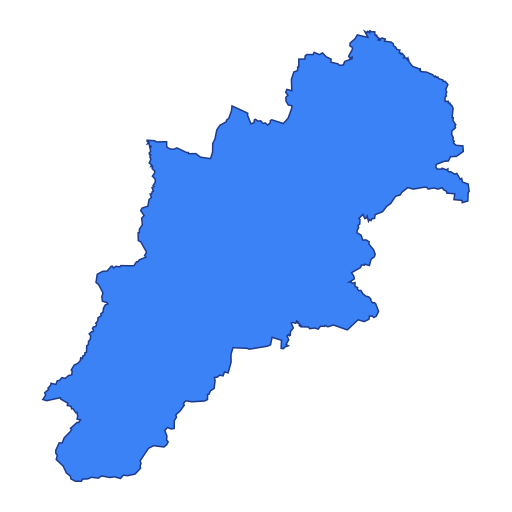 outline of Khao Chakan, Sa Kaeo, Thailand
{"feature_id": "78962969B13741578736552", "entity_name": "Khao Chakan", "entity_type": "district", "adm_level": 2, "iso_a3": "THA", "parent_name": "Thailand", "parent_adm1": "Sa Kaeo", "projection": "orthographic", "projection_center": [102.011, 13.617], "detail": "fine", "context": "isolated", "style": "filled", "palette": "blue", "viewbox_px": 512, "rotation_deg": 0, "n_neighbors": 0, "source": "geoboundaries", "source_scale": "gbopen_adm2", "svg_char_len": 5958}
<svg xmlns="http://www.w3.org/2000/svg" viewBox="0 0 512 512"><path d="M105.4,304.8L103.5,308.1L103.0,312.2L100.8,313.7L101.3,315.6L97.9,317.9L97.9,320.6L95.7,323.4L96.6,324.1L95.9,326.5L93.5,326.9L92.5,328.4L93.5,330.4L92.9,331.9L91.7,331.7L89.2,333.8L90.7,335.8L90.2,339.5L88.5,341.4L88.3,344.7L86.7,345.8L86.5,352.3L84.9,352.8L84.8,355.2L82.7,356.0L82.4,358.5L80.7,357.8L80.3,360.7L77.6,363.5L74.2,365.0L71.2,370.1L72.2,371.2L71.7,374.9L68.6,375.5L65.2,378.4L61.9,377.6L59.8,380.2L57.1,381.0L55.9,384.4L51.0,383.3L50.7,385.2L48.0,388.1L48.7,389.3L44.7,392.7L45.7,395.1L42.8,399.5L46.7,400.7L60.4,397.7L60.9,399.2L67.8,403.2L67.3,405.5L70.9,406.2L71.6,408.8L72.9,408.6L76.0,412.9L77.0,412.3L77.7,415.9L77.1,419.2L80.5,419.8L78.6,422.7L77.1,422.4L70.5,428.4L71.6,429.4L70.2,431.7L64.2,437.8L62.1,443.0L59.2,442.8L55.8,450.2L55.8,453.4L57.3,455.3L56.2,459.5L63.1,466.0L66.4,473.0L70.4,476.1L70.9,478.9L75.3,481.2L81.4,481.3L82.5,479.1L87.8,478.9L91.2,477.3L98.5,478.1L101.6,475.9L110.0,477.5L114.5,476.8L120.4,478.5L123.5,475.1L127.3,475.7L135.0,474.1L140.6,468.2L140.0,466.1L141.0,463.4L140.1,460.9L148.4,448.4L153.6,445.7L164.0,447.0L166.7,444.7L168.2,441.8L166.6,440.0L166.9,436.0L164.8,430.5L167.5,427.4L171.1,429.0L174.2,428.5L174.3,420.7L176.5,417.1L175.8,414.8L180.1,411.0L184.2,405.3L183.5,403.5L184.9,401.6L186.2,400.8L191.8,401.8L204.4,401.0L207.5,399.6L207.6,394.4L209.0,394.2L210.5,390.7L214.1,388.5L215.1,380.6L214.4,377.5L217.4,377.1L219.6,375.2L223.1,375.8L224.5,371.9L228.1,372.9L231.1,362.1L231.0,354.6L232.9,347.7L247.0,348.3L249.3,349.2L267.4,346.2L270.5,344.9L272.1,337.3L281.5,340.3L281.1,348.3L283.4,348.7L284.7,347.1L288.3,345.7L286.0,344.6L288.7,339.8L287.0,335.9L288.6,334.5L289.3,335.8L290.3,335.2L290.5,331.6L293.3,328.0L291.3,323.2L292.6,322.4L295.7,323.3L296.7,320.9L298.3,322.1L297.6,322.9L299.7,324.1L299.3,325.2L300.7,325.4L299.9,326.0L300.8,326.8L308.5,327.0L309.6,328.7L314.6,328.0L318.2,329.1L320.5,326.2L324.5,326.3L325.0,325.4L327.9,326.8L333.4,325.0L347.3,329.9L358.1,319.8L364.2,321.6L369.0,319.2L369.4,316.2L372.1,316.0L373.9,317.5L376.3,316.1L378.6,311.4L375.6,303.6L374.2,302.5L372.7,303.1L370.7,300.4L370.9,299.1L368.6,296.8L366.1,296.3L362.9,293.9L360.9,290.4L358.7,290.6L357.3,288.8L357.6,287.5L355.0,286.6L355.0,282.6L352.3,283.3L351.2,281.9L349.4,282.0L354.3,278.9L353.8,276.1L351.5,272.7L360.5,267.6L361.6,264.9L364.4,265.2L364.7,264.2L369.4,265.5L371.0,259.3L374.3,256.8L375.2,254.3L373.6,249.8L368.9,244.1L369.2,241.9L366.2,239.9L362.7,240.1L361.1,235.2L357.1,232.9L357.1,230.4L358.6,227.6L358.1,225.4L359.7,224.1L360.0,219.7L358.9,218.4L362.9,214.5L364.9,218.6L366.1,218.2L367.1,216.0L368.5,221.3L369.4,219.7L371.0,220.6L371.7,218.9L374.6,218.4L375.1,214.7L382.6,211.7L386.8,206.2L390.8,203.4L395.5,196.3L400.4,194.8L401.6,192.5L407.8,187.6L413.3,189.1L424.4,187.2L426.7,187.3L428.2,189.1L433.7,187.9L438.0,189.1L442.2,187.7L443.6,189.8L446.4,191.2L446.8,193.1L454.8,193.8L453.9,199.6L462.1,200.4L462.2,202.7L467.8,201.0L468.2,192.5L469.2,191.3L468.1,184.0L462.4,182.0L461.7,178.4L460.1,179.1L456.8,173.4L454.6,174.2L450.7,171.7L448.9,171.8L447.8,170.8L447.9,168.9L446.4,169.8L442.0,168.2L441.7,169.1L437.1,169.1L435.7,166.8L436.4,164.3L444.6,161.2L448.4,161.0L450.5,156.7L456.3,156.4L463.3,151.5L462.9,145.9L456.0,145.3L453.4,142.9L454.2,141.3L452.9,139.9L453.2,137.4L451.7,134.6L451.9,130.8L455.5,127.8L454.9,125.8L455.8,124.8L453.0,120.7L453.2,117.7L452.1,117.6L453.1,108.2L451.6,105.2L450.1,104.6L450.1,103.2L448.4,103.0L448.3,101.3L445.1,101.4L445.0,97.5L446.4,95.9L445.8,94.0L446.8,92.1L445.6,89.8L447.9,84.6L445.1,81.3L443.1,81.4L443.0,80.1L438.5,78.5L437.8,77.0L436.9,77.5L435.5,76.1L434.8,77.1L432.8,74.8L426.5,72.1L421.6,71.7L420.5,71.1L420.3,69.3L419.8,69.9L419.6,68.9L412.6,66.4L409.0,61.8L408.5,59.5L407.7,59.9L407.8,58.2L407.0,59.0L406.7,58.1L403.6,57.8L404.6,56.3L403.5,54.9L402.2,53.5L401.1,54.2L400.8,53.0L399.2,52.8L399.9,50.1L396.7,49.3L395.7,47.1L394.0,46.3L393.0,43.5L390.9,42.0L384.5,41.2L385.3,39.1L382.1,38.0L380.4,38.8L380.2,40.3L378.1,39.9L379.3,38.4L376.5,36.3L376.8,35.3L374.9,34.9L374.8,31.8L371.5,31.8L369.9,30.7L369.1,31.4L369.5,32.7L367.4,31.4L366.8,32.8L364.8,31.5L367.9,37.4L357.3,34.9L354.9,38.9L350.1,43.1L349.9,45.8L352.2,47.4L352.5,49.1L348.6,56.3L349.8,58.0L352.2,57.1L352.0,58.7L344.6,61.5L343.4,64.9L339.6,65.4L337.9,63.8L330.8,62.2L331.1,59.1L326.2,56.8L322.5,52.9L319.4,54.6L314.2,52.4L313.0,54.6L306.8,54.5L305.2,55.9L304.8,59.1L298.8,59.1L298.8,66.8L297.7,67.0L297.5,70.6L293.8,72.0L291.4,79.4L291.8,90.7L286.9,89.4L285.7,92.4L288.0,95.3L285.9,97.2L286.0,101.2L288.3,105.0L291.8,105.7L291.9,107.7L288.1,118.2L283.3,123.5L271.7,119.8L270.3,120.6L270.2,123.0L267.6,125.0L265.2,122.9L262.9,123.5L260.7,120.8L258.0,121.1L255.4,119.3L254.4,119.8L254.0,122.7L250.9,123.8L247.6,115.5L247.7,113.2L232.0,105.9L231.5,110.7L228.7,118.5L226.5,120.1L226.2,121.8L219.9,125.3L216.8,129.9L214.9,139.2L212.7,143.5L212.6,152.0L210.5,158.6L200.5,157.2L195.9,153.6L188.6,153.7L188.4,152.5L186.5,152.5L176.9,147.9L173.6,149.3L169.8,148.9L166.8,147.0L166.6,141.7L156.4,141.9L154.6,140.7L147.1,140.2L147.1,141.4L148.6,141.8L147.5,143.8L149.0,143.1L149.6,146.4L150.1,145.7L151.3,146.6L150.0,147.8L150.7,151.6L149.2,152.9L149.5,154.7L150.8,154.8L149.9,157.0L150.9,159.3L149.2,163.1L151.7,165.0L150.8,166.6L152.6,166.4L152.2,168.6L154.7,171.1L154.8,172.7L152.4,176.2L155.1,178.9L155.3,182.1L153.1,185.5L154.1,186.6L152.0,187.6L153.4,191.2L152.3,191.5L151.5,194.1L150.2,194.1L151.4,197.4L149.1,199.5L147.8,206.2L142.0,208.1L140.7,210.6L144.1,215.6L141.7,218.1L142.4,224.7L139.4,229.2L139.3,232.6L138.1,232.8L138.3,240.6L140.8,241.9L146.0,251.1L146.3,253.1L144.6,255.3L145.9,257.1L139.4,259.8L137.8,261.9L136.5,261.7L133.9,265.8L120.8,265.6L119.9,266.9L116.0,266.3L113.6,268.0L112.5,266.2L111.2,266.3L107.1,271.1L102.7,271.3L97.2,274.3L96.0,282.4L98.6,284.6L103.0,293.0L101.8,296.8L102.4,301.2L107.4,302.8L107.7,304.2L105.4,304.8Z" fill="#3b82f6" stroke="#1e3a8a" stroke-width="1.5"/></svg>